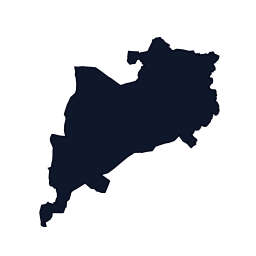 the district of Matkules pag., Kandavas, Latvia, rotated 351°
{"feature_id": "27541924B52205717280809", "entity_name": "Matkules pag.", "entity_type": "district", "adm_level": 2, "iso_a3": "LVA", "parent_name": "Latvia", "parent_adm1": "Kandavas", "projection": "mercator", "projection_center": [22.582, 56.979], "detail": "fine", "context": "isolated", "style": "filled", "palette": "ink", "viewbox_px": 256, "rotation_deg": 351, "n_neighbors": 0, "source": "geoboundaries", "source_scale": "gbopen_adm2", "svg_char_len": 5699}
<svg xmlns="http://www.w3.org/2000/svg" viewBox="0 0 256 256"><g transform="rotate(351 128 128)"><path d="M204.3,62.3L200.5,62.1L198.6,61.4L197.8,61.0L196.5,60.6L195.1,59.9L189.5,58.3L187.9,58.1L186.6,58.4L185.8,58.8L185.1,58.9L183.4,58.4L182.7,57.6L182.2,56.3L181.3,55.5L180.1,54.8L179.8,54.3L179.7,54.0L179.9,53.7L180.3,53.4L181.3,53.4L181.6,53.2L181.6,52.9L181.1,52.0L178.9,50.5L177.3,48.7L177.0,48.4L176.6,47.0L176.4,46.7L174.7,45.7L174.2,44.1L173.7,43.8L173.1,43.9L169.8,43.8L167.2,45.1L166.7,45.1L166.4,45.0L166.1,45.5L166.7,46.3L166.0,46.7L165.0,48.0L161.1,53.6L159.9,55.6L154.2,56.0L154.2,55.9L153.2,55.9L150.1,56.4L149.9,54.6L145.1,53.7L140.6,52.6L140.4,53.2L140.5,53.3L139.1,57.5L139.7,58.1L139.0,59.0L138.3,61.2L138.3,62.0L138.2,62.0L139.8,65.0L140.0,65.1L142.4,64.9L144.7,65.1L144.9,65.1L147.5,61.6L149.4,61.5L150.5,61.7L151.2,64.1L152.5,64.1L152.4,66.7L153.9,67.2L153.3,69.5L151.0,69.9L150.9,71.3L149.5,72.9L149.4,72.8L147.6,74.6L146.6,76.9L146.8,76.9L146.5,78.8L146.9,80.2L143.0,83.3L135.9,84.1L133.6,84.1L129.5,84.8L128.3,85.1L127.3,85.1L124.7,82.8L118.5,76.5L116.5,75.0L110.8,69.0L105.2,63.6L92.3,60.5L88.0,60.3L85.2,59.6L85.1,61.3L85.5,63.2L84.8,66.4L84.4,67.5L84.9,70.2L84.5,76.5L83.4,81.8L83.0,83.0L82.2,84.7L81.0,86.2L77.5,88.3L76.3,89.2L75.5,90.3L74.9,91.4L71.8,95.8L70.6,98.4L68.9,101.6L67.5,104.6L67.6,105.3L68.4,106.4L68.5,109.1L68.4,109.8L66.8,113.5L66.1,115.4L65.1,120.3L65.0,122.5L65.4,125.6L65.4,127.7L64.2,126.7L60.8,125.9L57.1,124.6L54.5,123.4L52.1,122.7L50.7,124.7L49.7,126.8L49.8,129.9L50.4,131.6L51.4,135.9L50.8,137.9L49.6,144.5L48.4,149.8L48.1,149.7L47.1,152.2L46.8,154.0L45.4,155.2L43.3,155.4L44.1,157.3L44.2,157.8L43.9,159.5L43.3,161.3L42.5,164.9L42.6,167.6L42.0,170.1L42.1,171.7L42.4,172.5L42.6,172.8L43.3,173.1L44.3,173.2L44.9,173.7L46.3,175.9L47.3,175.9L47.9,176.2L48.1,177.3L47.8,178.1L47.7,178.4L47.8,178.5L48.2,181.5L48.3,181.5L48.1,182.2L47.8,184.7L47.7,185.4L46.7,186.3L46.7,186.8L46.1,187.5L45.6,188.5L45.1,190.2L43.3,190.4L43.0,191.1L41.7,191.9L39.9,190.7L38.1,190.2L37.3,189.1L36.4,190.1L34.4,190.9L30.8,191.0L28.0,197.3L27.9,197.7L27.8,203.3L27.9,207.5L27.3,209.5L27.7,210.8L29.6,211.9L31.5,212.2L31.2,207.6L33.7,207.2L36.9,205.5L38.8,203.3L39.7,199.5L48.2,200.9L50.7,201.2L53.4,196.5L53.9,195.5L54.3,195.9L55.4,191.8L55.8,190.6L58.4,189.2L60.4,185.0L61.0,183.2L61.6,182.3L64.0,180.7L67.6,179.5L77.1,175.4L82.4,181.7L82.6,181.6L85.9,182.8L86.1,182.8L87.0,184.9L90.1,186.2L91.5,187.2L95.1,187.9L99.3,181.0L101.3,177.5L101.1,177.2L98.2,174.3L93.5,169.8L101.1,168.8L107.2,165.6L122.1,156.7L126.5,154.5L126.6,154.4L126.7,154.6L128.4,154.0L129.1,153.1L129.3,153.2L129.7,153.0L131.0,153.1L131.8,152.9L134.1,153.5L135.9,153.4L137.4,154.1L142.9,153.8L148.3,154.0L152.2,150.0L153.8,149.9L156.7,149.3L162.0,148.5L162.0,148.4L166.0,148.4L171.3,147.5L172.7,146.6L177.6,142.9L178.3,145.0L180.4,149.3L180.9,149.8L182.4,150.8L184.6,152.8L186.3,155.7L187.3,157.1L189.3,155.8L190.3,155.2L192.1,154.7L192.2,154.3L192.0,153.5L192.1,153.2L192.3,152.8L192.6,152.6L192.6,152.4L192.8,152.1L193.1,151.4L193.5,151.3L193.8,151.1L193.9,150.7L193.7,150.0L192.6,148.8L191.5,147.8L190.7,146.4L190.2,145.8L190.0,145.3L190.3,144.9L190.0,144.0L190.6,143.1L191.0,143.0L191.4,143.2L192.5,141.9L192.3,141.1L192.6,140.8L193.5,140.3L196.2,140.7L196.6,140.5L197.5,140.7L197.6,140.3L198.1,139.7L198.6,139.7L199.0,139.4L199.8,137.9L199.9,137.4L200.0,137.2L201.1,137.0L201.6,136.8L202.9,137.8L203.2,137.8L203.5,138.0L204.7,138.4L205.9,138.1L207.7,136.5L208.0,136.1L208.3,136.0L209.0,135.3L209.5,135.1L210.1,134.3L210.1,134.0L210.6,133.3L211.1,132.0L211.6,131.8L212.0,131.8L212.2,131.5L212.4,131.2L212.5,130.7L212.4,129.9L212.5,129.6L213.4,129.2L212.8,127.5L212.8,127.1L213.3,126.9L213.9,127.1L214.7,127.1L215.9,127.6L216.5,127.9L216.4,128.1L216.1,128.3L216.1,128.5L216.4,128.7L216.5,128.6L217.1,128.6L217.3,128.8L219.0,127.8L219.3,127.0L219.4,126.6L220.1,126.1L220.0,125.8L219.5,125.5L219.5,125.2L219.6,124.9L220.5,124.7L220.5,123.4L220.5,122.3L220.3,122.0L220.4,121.2L220.7,120.9L220.9,120.3L220.0,117.1L219.0,115.7L218.4,115.4L218.6,114.3L218.9,113.6L219.6,112.9L219.7,112.6L219.5,111.3L219.8,110.4L219.8,110.2L220.5,109.4L220.6,109.1L219.8,108.3L220.1,107.6L220.1,107.1L220.5,106.5L220.5,106.3L220.5,106.1L220.1,105.8L220.0,105.6L220.1,105.2L220.3,104.8L220.1,104.3L219.7,104.1L217.6,103.7L216.1,103.2L215.5,102.7L214.7,101.6L214.4,100.8L214.5,100.3L214.7,99.4L215.8,98.0L217.4,96.8L218.1,96.6L218.5,95.7L218.4,95.1L218.9,94.2L218.8,93.7L218.6,93.5L218.8,92.8L218.7,92.3L218.5,92.0L218.0,91.8L217.1,91.9L216.9,91.8L216.5,91.1L215.9,90.4L215.9,90.1L216.9,88.8L218.4,87.5L218.6,87.1L218.4,86.7L218.3,86.0L218.3,85.7L218.5,85.5L219.2,85.1L219.6,85.2L220.1,85.6L220.6,85.6L221.1,84.9L221.6,84.3L222.3,84.4L222.8,84.2L223.1,83.4L223.2,82.2L222.3,79.4L221.7,78.2L221.7,77.6L222.6,77.2L223.9,77.0L224.8,76.2L227.2,74.5L228.2,73.1L228.7,71.9L228.7,71.1L227.4,70.6L226.6,69.8L226.4,69.5L226.1,69.3L224.9,69.3L224.6,68.8L224.6,68.5L224.4,68.2L224.2,68.0L224.3,67.3L224.2,66.8L224.0,66.6L223.6,66.3L222.9,66.3L222.6,66.7L222.3,67.5L222.1,67.5L221.9,67.4L221.5,66.7L221.2,66.4L220.7,66.3L220.4,66.7L220.5,67.1L220.5,67.3L219.0,67.6L218.7,68.0L218.2,68.3L217.3,68.0L217.1,67.5L216.5,67.1L215.2,67.4L214.3,67.3L214.0,67.6L213.6,67.7L212.9,67.5L212.6,67.1L212.4,67.1L211.9,67.5L211.5,67.4L210.9,67.8L210.7,67.9L210.6,67.6L210.7,67.2L210.4,67.2L210.0,67.6L209.8,67.5L209.7,67.0L209.9,66.9L210.0,66.6L209.8,65.8L209.6,65.9L209.4,66.2L208.9,66.4L208.6,66.3L208.6,65.8L208.4,65.7L208.1,66.3L207.6,66.5L207.4,66.4L207.3,65.8L207.1,65.7L206.5,65.6L205.9,65.1L205.5,65.1L205.3,64.9L204.8,63.9L204.8,63.4L204.8,63.0L204.3,62.7L204.2,62.5L204.3,62.3Z" fill="#0f172a" stroke="#020617" stroke-width="1.5"/></g></svg>